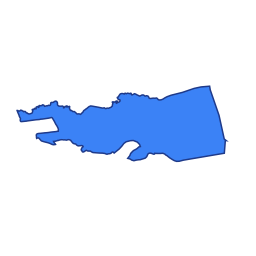 Belmont, Dennery, Saint Lucia, rotated 152°
{"feature_id": "8701671B1177875671821", "entity_name": "Belmont", "entity_type": "district", "adm_level": 2, "iso_a3": "LCA", "parent_name": "Saint Lucia", "parent_adm1": "Dennery", "projection": "albers", "projection_center": [-60.925, 13.95], "detail": "fine", "context": "isolated", "style": "filled", "palette": "blue", "viewbox_px": 256, "rotation_deg": 152, "n_neighbors": 0, "source": "geoboundaries", "source_scale": "gbopen_adm2", "svg_char_len": 5917}
<svg xmlns="http://www.w3.org/2000/svg" viewBox="0 0 256 256"><g transform="rotate(152 128 128)"><path d="M152.0,112.4L145.6,113.6L141.9,114.9L138.9,116.3L136.0,116.7L131.9,115.7L129.2,114.5L126.4,111.2L125.5,108.1L125.8,105.8L127.3,106.2L129.6,105.6L130.7,105.5L133.8,105.5L134.9,105.2L135.8,104.9L136.8,104.6L137.8,104.1L139.2,102.9L139.8,102.5L141.3,101.9L142.5,101.3L141.8,100.7L140.5,99.4L140.1,98.5L139.7,97.8L138.6,96.8L138.2,96.4L137.3,96.1L136.2,95.9L133.6,95.0L132.2,94.3L127.0,93.3L125.8,93.6L124.9,93.9L122.7,95.6L122.0,95.8L121.3,95.8L120.6,95.6L119.6,95.0L117.8,93.0L117.4,92.7L117.1,92.6L116.7,92.6L116.2,93.1L115.5,92.6L113.4,91.4L110.9,90.1L110.1,89.8L109.3,89.4L108.6,88.8L108.1,88.1L107.7,87.7L107.5,86.8L107.2,86.2L106.6,85.4L105.8,83.4L105.1,81.9L103.8,79.6L102.4,77.4L100.7,75.7L98.4,74.6L94.2,73.6L54.8,60.5L47.9,71.3L47.2,70.8L48.2,73.1L41.7,96.4L37.5,123.0L36.3,126.6L44.3,130.0L51.0,131.9L63.3,133.9L74.5,136.7L78.9,137.3L81.7,137.3L82.3,137.2L83.8,137.1L84.6,137.2L85.3,137.3L86.6,137.7L87.3,138.2L87.9,138.7L88.3,140.3L88.5,140.8L88.9,141.2L90.0,141.5L91.9,142.6L94.1,143.4L94.8,143.8L95.1,144.2L95.3,144.5L95.2,145.9L95.3,146.6L95.5,146.9L96.0,147.4L96.7,147.9L97.6,148.0L97.9,148.1L98.1,148.4L98.7,149.7L99.2,150.1L100.0,150.5L100.3,150.6L102.0,150.6L102.8,150.8L104.6,153.2L105.0,153.9L105.9,155.0L106.1,155.2L108.8,155.3L109.1,155.5L109.3,156.1L109.0,157.1L109.1,157.3L109.4,157.5L110.1,157.5L110.7,157.8L111.9,158.9L113.3,159.1L113.5,159.1L114.1,160.0L114.3,160.1L114.6,160.0L114.7,159.9L115.4,159.8L115.7,160.2L116.5,160.9L117.6,161.5L118.8,161.7L119.8,161.3L122.1,160.0L123.1,160.0L123.3,159.7L123.1,158.4L123.2,157.7L122.8,157.3L122.2,157.0L122.0,156.8L122.0,156.2L122.5,155.5L122.8,155.4L123.4,155.2L123.9,155.2L124.7,155.3L126.6,155.3L126.7,155.7L126.6,156.0L126.2,156.2L125.2,156.3L125.0,156.5L124.9,156.7L125.0,156.8L125.4,157.2L125.8,157.3L127.8,157.2L128.0,157.3L128.4,157.4L128.7,158.0L129.1,158.2L129.4,158.3L129.6,158.3L129.8,158.0L129.8,157.7L129.6,157.4L129.7,157.0L131.2,155.4L131.5,154.8L131.9,154.6L132.5,154.5L133.1,154.3L133.3,154.3L136.1,154.6L136.5,155.0L137.2,155.4L137.9,155.4L138.9,155.8L139.5,157.0L140.6,157.3L141.1,157.5L144.6,160.4L149.2,164.0L150.6,165.0L150.9,165.0L152.3,165.2L154.8,164.7L155.4,164.5L155.6,164.5L155.8,164.6L156.3,164.5L157.3,164.3L158.4,164.2L159.2,164.0L160.1,163.3L160.8,163.1L163.5,162.3L163.8,162.7L164.5,163.4L165.0,163.7L166.0,164.1L166.3,164.3L166.5,164.5L167.0,166.2L167.6,167.6L167.9,167.9L168.7,168.2L168.9,168.3L169.1,168.7L169.7,170.0L170.0,170.3L170.5,170.4L170.6,170.6L170.5,172.2L170.4,173.0L170.2,173.4L169.5,174.0L169.5,174.3L169.6,174.6L170.5,174.8L171.4,175.0L171.6,175.3L171.4,175.8L171.4,176.0L171.7,176.2L171.9,176.3L172.1,176.2L172.4,175.8L172.5,175.7L172.8,176.0L173.0,176.4L173.2,176.6L173.6,176.5L174.5,176.0L175.1,175.9L175.4,176.1L175.0,177.0L175.4,178.0L176.0,178.3L177.1,178.8L178.7,179.7L179.3,180.8L179.4,181.4L179.1,182.1L178.5,183.3L178.4,184.2L178.5,184.7L178.7,185.2L179.3,185.7L180.1,185.9L180.9,185.9L181.9,185.7L182.5,185.9L183.5,186.5L184.1,186.5L184.4,186.4L184.7,186.1L185.4,185.0L186.0,184.7L186.3,184.6L186.8,184.8L187.3,185.3L187.6,185.4L188.5,185.4L189.1,185.6L189.6,185.9L190.9,186.1L191.5,186.3L191.6,186.5L191.5,187.1L191.6,187.5L191.7,187.8L192.4,188.5L192.7,188.5L193.2,188.4L193.5,188.2L193.9,188.5L194.5,188.6L194.8,188.7L195.6,189.4L195.8,189.5L196.0,189.5L196.2,189.3L196.2,189.0L196.4,188.7L196.7,188.4L197.1,188.2L197.3,188.2L197.5,188.3L197.5,189.2L197.8,189.4L198.1,189.5L199.2,189.5L199.4,189.4L199.6,189.2L199.8,188.6L200.0,188.2L200.6,188.5L201.0,188.5L201.1,189.0L201.4,189.2L202.3,188.7L202.5,188.8L203.0,189.1L203.3,189.2L203.7,189.2L203.9,189.2L204.0,189.0L204.0,188.6L204.1,188.4L203.9,188.0L204.5,187.3L205.3,186.5L206.0,186.2L207.1,186.4L208.2,186.6L209.0,187.0L209.2,187.4L209.7,187.8L209.8,188.0L210.0,188.7L210.2,188.8L210.6,189.0L210.8,189.8L210.8,190.2L211.0,190.8L211.9,191.3L212.5,191.4L212.6,191.6L212.6,192.0L213.3,192.8L213.5,193.4L213.8,193.6L214.3,194.1L215.8,193.9L216.5,194.2L216.7,194.5L217.0,195.1L217.2,195.3L217.7,195.5L217.9,194.2L218.3,189.9L218.5,189.3L218.5,187.1L218.6,186.6L219.4,185.7L219.6,185.2L219.7,184.8L219.7,184.2L219.3,183.8L218.7,183.5L214.3,181.7L213.3,181.4L205.2,178.4L202.3,177.1L201.0,176.8L199.2,176.0L193.3,173.9L191.1,173.3L190.5,173.1L190.3,172.8L190.1,172.4L190.0,170.4L189.9,168.2L190.0,165.3L189.8,163.5L189.8,161.2L190.0,159.8L190.3,159.1L191.1,157.9L192.0,158.3L192.5,158.4L193.9,158.9L197.8,160.5L199.3,161.0L199.9,161.2L201.7,161.9L204.0,162.9L207.8,164.4L209.4,165.1L210.7,165.5L211.1,165.5L211.8,165.3L212.2,164.9L212.5,164.4L212.8,163.5L213.4,162.3L213.5,161.7L213.0,161.7L212.4,161.6L212.0,161.5L211.6,161.0L211.3,160.3L210.8,158.2L210.6,157.5L210.3,157.0L208.4,155.1L205.4,152.4L204.2,151.1L203.3,149.9L202.8,149.2L201.9,148.4L201.4,148.1L200.1,147.6L199.7,147.5L199.7,148.2L199.9,148.6L199.9,149.0L200.1,150.0L200.0,150.5L200.0,151.1L198.3,150.4L197.2,150.3L196.9,150.1L196.0,150.0L195.7,150.0L195.4,149.7L194.5,149.6L192.6,149.1L191.2,148.3L190.3,147.6L189.8,147.4L189.5,147.3L187.9,146.1L187.3,146.0L186.4,145.9L185.3,145.2L184.3,143.9L184.3,143.2L184.1,142.0L183.9,141.4L183.7,140.4L183.5,140.1L182.9,139.3L182.1,138.8L181.7,138.4L181.5,137.7L181.4,137.2L180.9,136.2L180.3,135.6L179.5,135.2L177.2,134.3L176.7,133.9L176.4,133.4L176.3,133.1L176.3,132.9L176.4,132.6L176.6,132.5L176.8,132.4L177.3,132.4L178.2,132.0L179.1,131.3L179.5,130.8L179.6,130.7L179.6,130.3L179.4,130.1L179.5,128.9L179.4,128.3L179.2,128.1L178.7,127.8L178.3,127.7L178.0,127.7L175.6,127.9L175.2,127.8L175.0,127.6L174.7,127.0L174.2,126.5L172.0,125.2L171.2,123.7L170.5,122.8L165.8,119.8L163.1,118.2L162.7,118.1L162.0,117.5L161.1,116.9L160.3,116.3L159.4,115.1L158.5,114.6L157.7,114.5L155.9,113.8L154.9,113.7L153.6,114.1L153.2,114.1L152.6,113.9L152.5,113.7L152.2,113.1L152.0,112.4Z" fill="#3b82f6" stroke="#1e3a8a" stroke-width="1.5"/></g></svg>